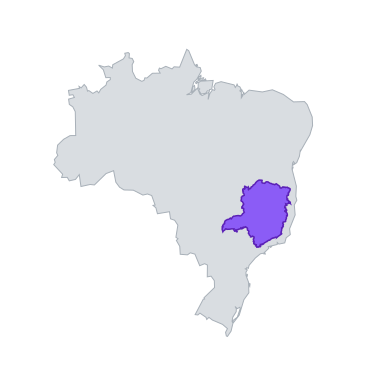 Minas Gerais highlighted on a map of Brazil, rotated 350°
{"feature_id": "BRA-601", "entity_name": "Minas Gerais", "entity_type": "State", "adm_level": 1, "iso_a3": "BRA", "parent_name": "Brazil", "parent_adm1": "", "projection": "robinson", "projection_center": [-44.656, -18.566], "detail": "fine", "context": "in_parent", "style": "filled", "palette": "violet", "viewbox_px": 384, "rotation_deg": 350, "n_neighbors": 0, "source": "natural_earth", "source_scale": "10m", "svg_char_len": 9472}
<svg xmlns="http://www.w3.org/2000/svg" viewBox="0 0 384 384"><g transform="rotate(350 192 192)"><path d="M108.0,74.2L111.5,77.7L116.0,76.0L117.4,78.2L119.9,75.1L125.9,71.8L127.3,68.8L131.1,67.1L131.4,65.1L127.0,64.4L125.9,56.2L122.1,50.9L127.3,53.6L131.8,53.5L135.1,56.1L136.1,52.9L147.6,49.0L150.1,46.2L149.9,43.7L153.4,43.6L154.4,44.8L153.3,49.0L156.3,50.1L157.3,53.5L155.2,56.2L154.3,63.0L156.4,70.2L161.8,74.3L164.2,73.7L165.4,71.4L167.4,71.9L173.6,68.2L181.3,69.4L180.2,66.3L181.4,64.3L182.9,65.2L188.0,63.7L193.7,67.3L196.1,65.6L201.5,66.9L211.6,50.6L213.3,52.3L216.6,67.2L218.3,69.6L221.7,70.9L222.1,74.6L216.3,81.8L212.8,84.1L208.1,93.9L203.5,95.3L208.3,95.6L215.4,90.6L216.8,96.9L218.7,98.8L226.0,96.7L223.9,103.7L226.7,98.1L230.1,94.8L231.8,95.8L232.5,94.8L231.8,92.2L234.1,89.1L239.8,88.4L252.0,93.8L252.8,96.6L254.5,94.7L257.4,96.8L258.1,99.1L256.7,100.7L257.3,101.6L258.8,100.0L259.2,101.5L257.8,103.1L256.9,107.9L258.8,105.9L260.2,102.3L260.5,104.9L265.9,101.6L278.7,105.7L288.9,105.3L298.9,111.8L307.6,120.9L318.5,122.5L320.6,125.9L323.4,139.0L322.3,147.5L318.0,156.1L306.2,170.3L306.1,169.2L303.9,175.6L300.2,181.3L298.4,182.1L297.2,179.6L296.1,180.9L294.5,186.9L295.8,204.3L293.5,214.3L293.8,218.3L290.5,222.5L289.6,232.5L281.7,245.2L281.4,251.0L276.8,253.4L274.5,258.2L268.5,258.4L267.2,256.5L266.8,258.5L257.5,259.0L257.9,260.7L252.1,264.7L248.7,264.7L242.9,268.0L235.5,274.1L234.2,277.0L232.9,275.9L232.4,277.2L230.7,276.6L232.9,278.4L231.2,280.3L230.7,283.5L232.0,290.6L230.5,301.1L224.4,307.1L217.1,321.5L210.0,328.0L209.8,325.8L214.9,323.1L219.2,315.2L219.2,313.8L216.3,314.7L214.5,312.2L215.4,314.7L214.7,317.6L210.4,322.4L209.0,326.3L209.5,328.4L206.3,335.8L201.8,340.4L200.8,339.7L200.7,336.0L203.2,332.7L199.0,327.6L189.8,321.6L186.9,318.4L184.4,320.1L184.0,317.8L178.8,312.7L176.4,314.1L173.8,313.3L184.5,299.5L185.8,299.6L185.5,298.2L197.6,290.0L198.6,283.2L196.2,278.2L192.3,278.2L194.5,266.6L192.0,264.8L186.8,265.9L184.1,253.7L179.8,251.6L176.6,253.1L169.6,251.3L170.5,243.4L168.2,237.0L170.1,235.6L168.3,233.8L172.3,222.2L170.0,216.8L166.2,214.7L166.4,207.5L154.2,207.4L153.7,201.3L151.3,198.4L153.4,198.4L151.7,188.5L147.8,186.2L143.1,186.5L134.5,180.0L125.4,178.2L121.5,174.7L118.7,169.1L118.5,157.4L110.6,158.9L97.1,168.1L93.0,166.9L83.6,167.3L84.0,155.3L79.4,159.4L73.1,159.7L71.7,155.9L66.1,155.1L67.7,152.0L60.6,141.0L62.4,139.1L62.1,136.1L66.2,132.7L65.5,129.9L67.8,122.5L74.7,117.8L81.7,115.3L87.3,116.2L91.0,92.6L89.4,87.4L86.4,84.5L86.6,79.1L92.6,78.5L91.6,75.5L87.9,75.4L88.0,70.5L99.2,70.4L99.1,68.4L100.9,70.2L104.5,67.4L106.3,70.5L106.6,74.5L108.0,74.2ZM219.7,84.4L232.2,85.8L229.3,94.1L227.0,94.2L226.6,95.7L224.7,95.0L222.7,97.1L218.0,97.1L216.3,92.9L217.5,91.9L216.1,90.4L217.1,85.6L219.7,84.4ZM209.1,94.4L211.0,88.4L213.0,87.6L212.8,91.3L209.1,94.4ZM223.2,81.5L222.0,83.7L219.1,83.2L219.6,81.7L223.2,81.5ZM218.9,79.0L218.4,83.6L217.2,83.1L218.9,79.0ZM225.2,84.3L223.4,84.6L222.6,84.2L224.8,82.9L225.2,84.3ZM217.0,84.5L215.2,86.0L214.4,85.2L215.7,83.9L217.0,84.5ZM220.4,80.5L219.5,79.6L221.0,78.6L221.1,79.5L220.4,80.5ZM219.4,68.7L218.4,68.9L218.1,67.3L219.1,67.2L219.4,68.7ZM232.5,294.9L232.1,293.4L232.9,292.1L233.2,292.5L232.5,294.9ZM253.1,264.1L253.4,265.8L252.1,265.4L253.1,264.1ZM231.7,284.5L231.2,283.7L232.0,282.7L232.3,283.1L231.7,284.5ZM258.5,104.9L257.7,106.6L258.5,104.2L258.5,104.9ZM297.8,182.4L296.5,182.9L297.3,181.6L297.8,182.4ZM260.8,259.7L259.6,260.2L259.3,259.9L260.1,259.2L260.8,259.7ZM295.7,185.5L295.2,186.5L294.9,185.9L295.7,185.5ZM255.2,93.1L255.3,94.1L254.9,93.9L255.2,93.1Z" fill="#d9dde1" stroke="#a8b0b8" stroke-width="1"/><path d="M245.0,195.5L245.9,196.1L246.3,196.5L246.5,197.0L246.9,197.1L247.1,197.2L247.8,197.2L248.3,196.7L248.6,197.7L247.9,199.4L247.9,199.5L248.0,199.6L248.6,199.1L248.9,198.7L250.1,198.8L250.5,198.4L250.7,198.0L251.0,197.7L251.3,197.2L252.0,197.2L252.4,197.0L252.9,196.6L253.6,195.7L254.4,195.6L255.9,194.6L256.0,194.5L256.2,194.0L258.0,192.7L259.3,192.2L259.6,192.0L260.1,192.0L260.3,191.9L260.6,192.1L261.5,192.3L261.7,192.2L262.1,192.4L262.9,192.5L263.1,192.7L262.8,193.3L262.5,194.4L262.6,194.7L262.6,195.1L262.8,195.3L265.1,196.1L265.4,196.0L265.8,195.4L266.9,194.9L267.3,194.9L268.7,195.3L269.1,195.8L270.7,197.2L271.3,197.2L272.2,197.9L273.1,198.5L273.6,198.6L273.9,198.5L274.5,199.1L275.1,199.0L275.4,199.0L276.0,198.6L276.4,198.5L279.3,201.5L279.5,203.3L280.7,203.6L281.5,203.3L281.8,203.0L282.0,202.8L282.4,203.0L282.9,202.9L283.3,203.4L284.0,203.2L284.4,203.4L284.7,203.8L285.2,203.6L286.0,203.9L286.8,203.9L286.9,204.2L287.1,204.3L287.2,204.5L287.4,204.5L287.6,204.6L288.3,205.3L288.7,205.3L289.1,205.8L289.2,206.3L288.9,206.8L288.7,207.7L287.9,208.3L287.4,209.1L287.4,209.5L287.0,209.5L286.5,209.7L286.4,211.0L286.6,211.5L286.2,212.0L285.1,211.9L284.8,212.4L284.4,213.9L284.5,214.9L284.3,215.2L284.2,216.0L284.4,216.0L284.5,215.8L284.8,215.7L284.7,216.1L284.9,216.1L285.0,216.3L284.9,216.9L285.0,217.1L285.5,217.2L285.7,217.7L286.1,218.0L286.3,218.3L286.8,218.8L287.0,219.3L286.7,219.9L286.8,220.4L286.5,220.1L286.2,220.1L285.4,219.8L285.3,219.6L285.2,219.9L285.1,220.0L284.7,219.8L283.8,220.2L283.4,220.1L283.0,220.3L282.7,220.2L282.4,220.3L282.2,220.1L282.2,220.3L283.1,221.3L283.1,221.6L282.6,221.7L282.2,221.3L281.5,221.9L281.2,221.9L280.8,222.6L280.7,222.7L280.7,223.2L280.6,223.5L280.8,223.5L281.0,223.2L281.5,223.8L281.5,224.1L281.4,225.5L281.5,225.6L282.0,225.7L282.1,226.5L281.8,226.8L280.9,226.9L280.8,226.7L280.4,226.7L280.1,226.7L280.0,227.0L280.2,227.3L280.5,227.4L280.9,227.3L281.2,227.6L281.2,227.8L281.4,228.0L281.2,228.5L281.4,228.6L281.9,229.3L281.9,230.2L282.0,230.4L281.8,231.7L281.5,232.0L281.2,231.9L281.3,232.4L280.5,233.2L280.3,234.7L280.0,235.1L279.7,235.2L279.5,235.4L279.2,236.8L279.1,237.2L278.8,237.4L276.7,237.4L276.5,237.5L276.4,238.0L275.9,238.4L275.9,238.8L276.2,239.0L276.2,239.4L276.2,239.8L275.8,240.6L276.1,240.5L275.7,241.5L275.8,241.7L275.6,241.8L275.4,241.9L275.1,242.7L274.9,242.9L274.3,242.8L274.0,243.0L274.0,243.3L274.2,243.5L273.7,244.6L273.7,244.9L273.4,245.9L273.0,246.3L272.9,247.1L272.4,247.9L272.4,248.2L272.9,248.2L273.1,248.4L273.1,248.6L273.0,248.8L272.7,249.0L271.2,249.7L269.0,250.7L268.6,251.0L268.2,251.1L267.9,251.5L267.6,251.5L267.3,251.7L267.4,251.2L266.1,251.0L265.2,251.4L264.6,251.5L264.4,251.3L263.8,251.5L263.7,251.5L263.4,251.6L263.1,251.4L261.1,252.3L260.9,252.5L260.1,253.0L259.7,252.8L258.8,252.9L258.2,253.3L257.7,253.4L257.4,253.8L256.9,253.7L255.6,254.4L254.7,254.5L253.6,255.3L253.4,255.3L253.4,255.6L252.5,255.9L252.3,255.6L252.2,255.5L251.7,255.9L251.4,255.9L251.3,255.7L250.7,256.0L250.6,255.8L250.8,255.5L250.3,255.5L250.4,255.9L249.8,256.4L249.9,256.5L250.2,256.5L250.3,256.7L250.3,257.0L250.0,257.0L250.0,257.3L249.8,257.5L249.7,257.3L249.4,257.6L249.1,257.2L248.9,257.4L248.7,257.4L248.5,257.6L247.7,257.8L247.5,257.5L246.7,257.7L246.2,257.6L246.1,257.2L246.2,256.8L245.4,256.1L245.9,255.8L245.8,255.3L246.0,255.0L245.0,254.6L244.9,254.3L244.2,254.1L244.2,253.7L243.9,253.4L244.1,252.6L244.6,252.0L244.4,251.7L244.0,251.7L243.9,251.5L244.2,251.4L244.1,251.2L244.4,250.9L244.2,250.3L244.3,250.0L244.1,249.6L244.3,249.3L244.5,248.6L244.8,248.6L245.1,248.0L245.1,247.6L245.3,247.4L245.2,246.9L245.0,246.7L244.5,246.6L244.3,246.4L244.2,246.2L244.0,246.4L243.5,246.1L243.1,246.1L242.6,246.5L242.1,246.5L241.9,246.4L242.0,246.0L241.6,244.9L241.0,244.3L240.9,243.5L240.9,243.2L240.4,242.7L240.6,241.8L240.8,241.5L240.9,241.1L241.1,240.9L241.2,240.6L240.9,239.8L240.2,239.4L240.0,239.1L240.1,238.0L240.3,237.8L240.3,237.3L239.9,236.7L239.2,236.3L239.0,236.0L239.0,235.7L238.8,235.5L238.0,235.7L237.8,236.0L237.7,236.1L237.1,235.6L236.2,235.6L236.1,235.8L236.1,236.0L236.1,236.5L235.8,236.6L235.6,236.1L235.3,236.0L235.2,236.6L234.8,236.9L234.2,236.5L233.9,236.0L233.8,235.9L233.7,236.1L233.8,236.6L233.7,236.8L233.2,236.6L232.6,236.6L232.0,236.8L231.5,236.7L231.1,237.0L230.5,236.9L229.9,236.9L229.7,237.0L229.4,237.8L229.6,238.9L229.3,239.1L228.9,238.8L228.9,237.5L228.8,237.2L228.6,236.9L228.4,236.9L227.7,238.0L227.2,238.0L226.7,236.9L226.6,236.3L226.7,236.0L227.0,235.8L227.1,235.7L226.9,235.5L226.1,235.6L225.0,235.2L222.8,235.2L219.8,234.8L219.2,234.2L218.8,234.1L218.4,234.3L218.2,234.6L217.6,235.2L216.1,235.8L215.5,236.5L215.2,233.9L215.3,233.5L215.5,233.1L215.5,232.6L215.8,232.3L215.7,231.9L215.7,231.6L216.0,231.6L216.3,231.9L216.5,231.7L216.2,231.3L216.4,230.4L217.0,229.9L217.1,229.5L217.5,229.1L218.1,229.1L218.4,229.0L218.8,228.3L218.7,227.6L219.8,226.0L220.0,225.9L221.2,225.6L221.9,225.2L223.3,225.3L224.9,224.6L225.2,224.3L225.4,224.4L225.6,224.9L225.9,225.3L226.1,225.3L227.6,223.7L228.9,223.0L229.8,223.2L231.1,223.1L233.5,223.2L234.4,223.7L234.8,223.6L235.1,223.8L235.8,224.0L237.5,223.0L238.0,222.2L239.0,221.8L239.6,221.2L240.0,221.0L239.5,219.3L239.7,218.5L240.0,218.0L240.0,217.3L239.8,217.0L239.2,216.7L238.6,216.9L238.3,216.6L238.3,216.2L238.5,215.4L238.9,215.5L239.1,214.8L239.5,214.5L239.6,214.1L239.9,214.0L240.1,213.7L240.4,213.5L240.3,213.1L240.5,212.8L240.8,212.7L240.0,210.4L239.5,209.8L239.2,209.7L238.8,209.3L238.8,209.1L238.9,208.5L239.2,208.1L239.6,207.2L239.5,206.4L239.8,205.6L240.3,205.5L240.9,204.7L241.3,204.8L241.6,204.7L242.4,204.5L242.9,204.3L242.9,203.5L242.6,202.2L242.2,201.9L242.2,200.9L242.7,200.1L242.5,199.5L242.2,199.5L242.5,198.1L242.7,197.9L243.1,197.8L243.5,197.8L244.3,198.3L244.6,198.1L244.8,197.9L244.7,197.3L244.6,197.1L244.7,196.7L244.5,196.2L245.0,195.5Z" fill="#8b5cf6" stroke="#5b21b6" stroke-width="1.5"/></g></svg>